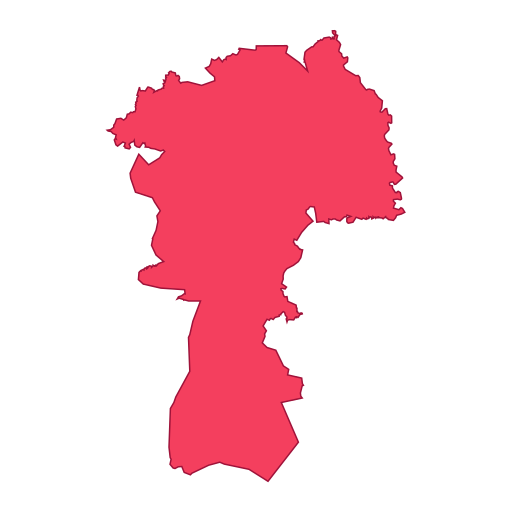 outline of Huitzuco de los Figueroa, Guerrero, Mexico
{"feature_id": "50627088B46995962784697", "entity_name": "Huitzuco de los Figueroa", "entity_type": "district", "adm_level": 2, "iso_a3": "MEX", "parent_name": "Mexico", "parent_adm1": "Guerrero", "projection": "orthographic", "projection_center": [-99.245, 18.192], "detail": "fine", "context": "isolated", "style": "filled", "palette": "rose", "viewbox_px": 512, "rotation_deg": 0, "n_neighbors": 0, "source": "geoboundaries", "source_scale": "gbopen_adm2", "svg_char_len": 5987}
<svg xmlns="http://www.w3.org/2000/svg" viewBox="0 0 512 512"><path d="M391.9,144.1L391.4,143.3L387.6,142.0L386.7,141.1L384.7,138.2L384.3,135.9L384.6,134.5L388.9,129.9L389.1,127.9L387.9,125.2L387.9,122.7L388.6,122.2L390.9,123.3L391.7,122.8L391.6,116.1L390.3,114.9L388.8,115.2L387.9,114.1L386.7,108.6L385.3,108.7L381.9,112.2L380.3,111.9L380.1,111.2L381.7,108.1L382.4,100.8L378.1,97.4L376.1,94.3L375.4,94.0L374.1,90.6L369.5,89.1L367.7,89.3L366.7,90.0L365.8,89.6L360.4,82.7L359.8,77.6L358.2,75.5L355.7,75.7L345.2,69.4L343.5,66.1L343.5,65.0L347.4,61.8L347.8,57.9L347.2,56.9L343.7,58.1L341.8,56.0L341.6,53.8L339.0,51.6L338.9,50.2L340.6,44.6L339.4,42.4L336.5,39.8L337.6,35.4L335.6,34.5L335.7,31.3L334.7,30.7L332.4,30.8L332.6,32.9L335.2,35.8L334.0,36.8L334.2,38.8L333.4,38.9L332.4,37.5L332.2,38.7L330.9,39.1L330.6,37.8L329.2,37.1L323.9,38.0L322.2,40.1L321.3,40.2L320.8,39.6L319.6,40.7L318.0,40.9L318.2,41.5L315.1,44.0L313.1,46.8L311.6,46.9L306.7,50.3L305.0,52.2L304.0,59.4L304.5,59.9L304.2,60.8L304.6,60.2L304.7,60.7L304.2,62.0L305.1,62.2L307.6,71.0L299.3,62.7L285.9,53.0L287.6,46.8L286.8,45.7L256.3,45.9L256.2,49.6L255.1,50.2L239.2,48.3L238.8,49.2L239.9,49.4L240.0,50.1L237.5,54.4L236.0,55.0L232.8,53.7L230.6,55.7L227.2,56.3L226.1,57.5L226.2,59.5L225.3,59.1L223.8,59.7L222.3,61.9L218.8,57.4L216.6,59.6L214.5,60.4L211.7,59.1L210.7,63.8L209.2,66.4L205.4,68.1L210.0,73.1L214.5,76.8L214.8,80.7L201.6,85.4L187.7,81.8L182.0,82.4L180.7,83.2L178.6,80.4L179.6,78.8L179.3,76.5L178.0,75.4L176.9,76.0L175.9,75.7L175.3,72.9L171.8,72.0L171.1,71.2L169.8,71.5L168.6,72.8L169.1,73.3L168.4,75.0L165.7,75.2L165.7,76.6L166.4,77.4L165.6,78.0L166.0,79.1L165.5,80.5L163.6,80.1L164.2,81.6L165.2,81.8L164.6,83.1L163.2,83.6L163.5,85.0L164.2,85.7L163.4,86.5L163.6,88.2L162.2,88.1L161.2,89.1L158.0,90.0L157.5,90.9L156.5,90.8L153.8,92.3L154.4,90.7L153.8,89.6L152.4,89.4L151.6,88.2L148.5,87.1L147.8,87.1L145.3,91.0L142.6,90.6L140.7,90.9L140.1,90.3L139.5,87.1L137.0,95.2L137.9,95.2L138.4,96.2L137.1,97.8L136.8,100.3L137.1,101.3L135.7,102.2L136.0,103.5L135.4,104.5L136.0,105.5L135.3,106.5L135.9,108.9L135.0,111.8L133.6,111.7L132.7,112.6L130.7,112.2L129.0,113.9L127.3,114.2L126.3,117.8L123.7,120.1L120.9,118.3L116.6,119.0L114.9,123.7L113.8,125.0L113.7,127.3L110.5,129.7L107.2,130.2L108.1,131.0L111.2,131.6L112.8,133.4L116.2,134.9L115.5,137.5L116.2,139.1L115.1,138.7L114.3,139.9L115.9,144.8L117.6,146.1L122.9,142.0L125.4,143.1L124.1,146.3L124.8,146.4L125.1,147.9L129.2,148.9L130.5,147.4L129.1,144.2L131.0,142.5L133.7,141.4L134.2,140.4L134.8,145.1L136.9,146.8L139.6,147.4L142.9,142.7L144.1,143.5L144.8,143.0L145.6,146.0L145.2,147.0L148.8,147.3L150.9,148.4L154.7,148.9L160.7,151.0L163.3,150.0L164.7,151.5L161.6,154.7L159.8,157.8L148.7,164.8L138.8,154.2L130.1,173.2L130.7,178.2L135.5,192.2L152.4,197.7L154.5,201.9L160.3,210.8L156.9,215.9L157.9,221.6L156.1,230.3L152.4,238.6L152.8,238.9L151.5,245.3L156.0,255.0L163.7,261.6L158.3,263.6L156.3,266.0L155.1,266.1L155.3,265.4L154.4,266.0L153.1,265.2L153.1,265.9L151.7,267.2L151.8,266.3L149.7,265.8L148.0,266.7L148.0,267.3L147.0,266.9L146.6,268.1L147.1,268.5L146.6,268.9L146.0,267.9L145.0,268.0L144.0,269.0L143.9,270.0L143.0,269.5L140.9,270.5L141.0,271.2L140.1,271.2L139.0,272.4L138.4,279.6L143.3,284.1L160.8,288.1L184.6,289.7L185.1,293.7L184.6,293.5L181.6,295.8L178.5,296.8L177.2,299.0L179.1,298.2L183.5,299.5L183.8,300.2L184.6,299.9L188.7,301.0L200.5,301.0L192.9,321.2L189.8,334.6L188.5,337.4L189.8,371.3L175.8,397.0L173.9,402.5L170.4,408.5L169.0,447.2L170.2,457.6L171.1,459.3L170.0,464.3L173.1,468.0L175.0,468.5L178.2,466.8L181.8,466.5L184.2,472.4L190.4,474.8L191.9,473.2L208.7,465.2L219.8,462.2L224.3,464.1L249.0,469.3L268.0,481.3L298.4,442.2L281.3,402.5L302.2,398.0L300.8,396.2L300.4,393.0L302.2,385.8L303.4,385.3L302.4,383.7L301.7,378.1L287.6,374.9L288.7,369.4L283.4,365.9L275.8,350.2L267.0,347.5L262.3,342.9L265.0,336.4L264.6,333.9L266.4,330.8L263.1,326.0L267.0,319.3L269.4,320.2L270.2,318.8L271.0,318.4L273.2,319.5L275.0,317.4L279.2,316.3L279.2,315.0L280.8,314.7L280.8,314.0L283.2,311.6L284.6,312.4L285.5,315.5L286.7,316.6L287.0,318.2L286.2,318.9L287.0,321.9L287.6,320.1L289.7,319.6L293.7,319.9L295.4,317.2L296.4,317.6L296.3,316.9L296.8,316.7L298.1,317.3L300.0,314.5L302.3,313.9L302.2,313.3L301.1,312.9L299.6,313.5L298.0,312.9L297.4,311.4L296.8,311.5L297.0,308.2L296.4,307.9L296.1,305.1L287.8,301.4L287.0,296.6L284.8,296.9L284.1,296.4L283.0,293.7L282.9,291.5L281.2,290.2L280.9,288.7L282.1,288.4L285.1,289.0L286.5,287.1L281.6,283.7L283.2,279.1L283.1,275.9L283.8,272.8L285.1,270.8L286.9,268.6L293.4,265.3L298.3,261.6L300.8,257.7L302.6,249.9L300.0,249.4L300.2,249.1L298.7,248.1L297.5,246.2L294.7,244.7L294.6,243.5L293.4,242.2L294.2,239.1L296.8,240.3L301.6,232.4L307.9,225.2L313.0,221.2L305.9,213.0L306.3,210.0L308.1,209.1L309.6,207.0L310.4,206.5L314.3,207.0L315.7,213.4L316.8,222.2L323.8,221.4L325.1,222.5L329.0,223.6L328.8,219.0L331.4,219.8L333.0,219.0L335.3,219.0L336.6,220.0L340.0,220.9L344.5,216.8L346.5,216.7L347.0,215.1L350.8,216.4L347.3,217.9L346.8,218.6L346.8,221.5L347.6,222.8L348.6,223.2L353.0,222.2L356.1,217.3L361.8,219.3L363.1,218.1L366.0,219.3L366.6,218.1L367.1,218.9L368.8,218.4L368.9,216.7L369.6,217.4L370.3,216.8L371.5,217.3L371.8,218.9L373.2,218.1L373.2,217.0L373.9,217.9L374.7,217.2L375.9,217.2L375.9,218.1L376.7,217.5L377.8,217.8L377.8,217.0L378.6,216.8L379.3,217.7L382.1,218.0L383.1,218.8L385.7,216.6L386.0,217.7L387.7,218.5L388.3,219.5L393.4,220.4L395.6,217.8L396.6,215.3L401.2,214.1L404.8,212.3L402.5,208.5L400.9,207.7L398.9,209.7L393.5,208.1L393.9,205.9L395.4,203.2L393.4,201.2L393.5,199.6L397.4,199.1L400.3,199.8L401.4,199.2L401.5,198.3L400.3,192.6L398.2,191.3L397.3,191.7L396.8,192.7L395.3,192.5L392.5,188.1L392.4,185.8L389.8,185.2L389.4,183.2L390.0,182.5L392.5,181.9L393.2,182.2L394.4,184.4L395.8,184.2L402.6,178.0L402.1,177.0L396.1,172.1L396.0,170.2L396.8,166.2L394.3,165.3L393.2,163.0L393.3,161.4L394.9,158.8L394.6,154.4L393.6,153.9L390.9,154.8L388.9,150.7L388.5,148.6L388.9,147.4L391.9,144.1Z" fill="#f43f5e" stroke="#9f1239" stroke-width="1.5"/></svg>